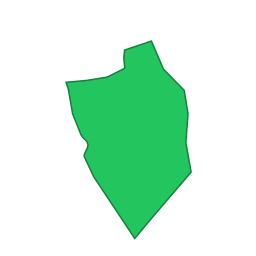 map outline of Maracha (Mercator projection), rotated 308°
{"feature_id": "UGA-3087", "entity_name": "Maracha", "entity_type": "District", "adm_level": 1, "iso_a3": "UGA", "parent_name": "Uganda", "parent_adm1": "", "projection": "mercator", "projection_center": [30.901, 3.252], "detail": "fine", "context": "isolated", "style": "filled", "palette": "green", "viewbox_px": 256, "rotation_deg": 308, "n_neighbors": 0, "source": "natural_earth", "source_scale": "10m", "svg_char_len": 449}
<svg xmlns="http://www.w3.org/2000/svg" viewBox="0 0 256 256"><g transform="rotate(308 128 128)"><path d="M45.1,201.3L68.4,131.2L78.6,111.0L80.7,109.7L87.6,108.1L90.2,106.8L92.1,103.8L92.8,97.8L93.8,95.0L105.1,75.6L121.6,57.4L125.9,51.1L140.2,66.3L155.2,80.2L173.1,88.7L180.3,81.8L187.3,77.3L210.9,92.9L196.2,119.8L192.2,149.2L176.1,166.6L152.1,182.6L132.1,204.9L70.4,202.1L45.1,201.3Z" fill="#22c55e" stroke="#15803d" stroke-width="1.5"/></g></svg>